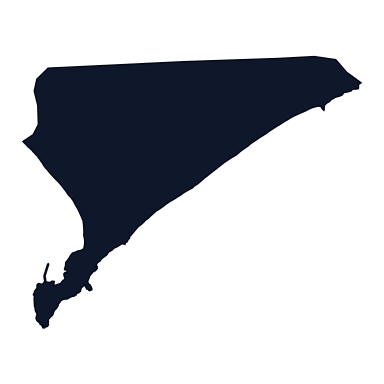 the district of Punta del Este, Maldonado, Uruguay
{"feature_id": "84410073B81249884827447", "entity_name": "Punta del Este", "entity_type": "district", "adm_level": 2, "iso_a3": "URY", "parent_name": "Uruguay", "parent_adm1": "Maldonado", "projection": "albers", "projection_center": [-54.934, -34.944], "detail": "fine", "context": "isolated", "style": "filled", "palette": "ink", "viewbox_px": 384, "rotation_deg": 0, "n_neighbors": 0, "source": "geoboundaries", "source_scale": "gbopen_adm2", "svg_char_len": 4180}
<svg xmlns="http://www.w3.org/2000/svg" viewBox="0 0 384 384"><path d="M23.0,141.5L24.6,143.2L26.3,144.8L27.9,146.7L29.4,147.8L31.1,149.4L32.2,150.5L32.7,151.2L32.9,151.5L34.2,152.7L35.7,154.5L37.5,156.0L38.0,157.0L38.4,157.8L39.3,158.7L41.3,161.7L42.5,163.1L43.2,164.6L45.3,167.6L47.2,169.6L49.5,172.5L52.4,175.7L55.4,178.9L58.5,182.0L61.4,185.3L63.4,187.9L65.6,190.7L67.1,192.9L68.6,195.1L71.0,197.5L73.3,200.7L75.1,204.2L77.4,208.2L79.6,212.6L81.4,216.6L83.1,220.8L83.6,224.7L83.9,229.4L84.0,233.1L83.7,234.7L83.9,235.8L84.4,238.0L84.8,240.9L84.6,244.6L84.1,247.4L83.6,248.7L83.0,249.4L82.7,249.5L80.5,250.6L78.5,250.8L76.5,251.6L75.0,252.4L73.3,252.7L72.2,253.4L70.6,255.4L69.2,257.9L68.1,259.5L66.9,261.0L66.2,261.9L65.7,262.7L65.6,264.4L65.6,265.8L65.2,266.7L64.9,268.0L64.5,269.1L65.0,269.8L65.5,269.3L65.8,269.9L66.9,269.8L67.4,270.1L66.8,272.3L66.0,272.4L65.1,272.6L64.6,273.0L65.3,273.3L65.0,273.4L64.4,273.4L63.9,274.2L64.0,275.4L64.4,276.4L64.7,277.7L65.0,278.5L64.7,279.7L63.1,280.3L62.1,281.9L61.7,281.9L60.4,283.8L60.0,283.7L53.6,285.8L54.0,283.0L54.1,282.0L54.2,281.5L52.4,281.2L52.0,281.2L49.9,282.5L48.4,282.3L46.0,282.0L45.0,275.9L48.7,264.3L48.2,263.7L47.6,264.3L44.1,275.5L44.0,276.7L44.6,280.4L44.5,281.8L43.7,283.0L42.8,283.8L41.3,284.3L40.6,284.1L40.3,284.0L39.4,283.6L38.6,283.6L37.7,284.1L37.1,285.0L36.9,286.0L37.1,286.7L37.5,286.8L36.3,289.1L34.8,290.9L34.5,291.4L34.5,292.0L34.4,292.8L33.9,293.4L33.9,294.2L33.4,294.8L34.3,295.7L34.4,296.6L34.2,298.0L34.2,298.9L34.3,301.3L34.5,305.4L35.2,308.6L35.4,310.6L36.4,312.6L37.3,314.8L36.5,315.9L36.5,317.0L36.0,317.9L36.3,319.0L37.0,320.6L37.6,321.3L38.7,321.0L38.6,322.0L39.2,322.4L40.1,323.8L40.3,324.5L40.9,324.4L41.7,324.7L41.6,325.0L41.7,325.5L42.4,325.4L42.4,326.2L42.5,326.6L42.7,327.2L43.1,326.7L43.3,326.8L43.4,327.4L43.8,326.8L44.2,327.0L44.4,326.6L44.9,326.8L45.0,327.4L45.2,327.1L45.3,326.7L45.5,326.7L46.5,326.8L47.7,326.1L48.5,324.7L48.1,323.5L48.5,321.8L48.1,320.4L48.9,318.7L50.4,317.1L51.6,316.1L52.7,314.9L53.3,313.0L54.3,310.6L55.4,309.3L56.7,308.0L58.1,305.7L58.2,304.2L59.8,302.3L60.3,301.5L60.8,300.8L62.1,299.8L63.6,299.3L65.3,299.0L67.0,299.0L67.6,298.6L69.7,297.4L71.3,296.7L73.0,296.1L73.5,296.3L74.2,296.1L75.3,294.9L76.1,294.9L76.2,294.1L76.7,293.6L76.4,293.4L77.0,292.6L77.4,292.6L78.6,292.9L78.9,292.5L79.6,291.7L80.3,291.4L80.2,290.8L80.7,290.2L80.8,288.7L82.3,286.8L83.9,285.8L85.1,285.1L86.2,288.0L86.8,288.2L86.8,288.9L87.5,288.9L87.9,289.3L88.5,289.6L88.7,290.1L89.2,289.9L89.6,290.5L90.0,290.0L90.3,290.3L90.7,290.0L91.1,290.1L91.8,289.7L91.9,289.2L91.5,287.9L90.9,286.4L90.2,285.6L90.0,284.8L88.4,283.8L88.1,282.7L87.4,281.8L87.9,280.7L88.3,279.6L89.0,277.9L89.7,275.8L91.0,274.2L92.1,272.9L92.6,271.8L93.5,271.7L94.4,271.1L95.2,270.8L96.1,269.9L96.3,268.9L96.7,269.1L97.3,268.4L96.9,267.6L97.2,266.7L96.0,266.5L96.5,265.3L96.6,263.8L97.8,262.4L99.7,261.3L101.9,258.4L106.4,255.2L108.8,251.9L111.8,250.2L113.8,248.2L117.2,246.7L121.5,243.9L123.0,243.7L124.9,244.4L125.4,242.7L127.0,241.8L128.2,239.4L129.5,238.2L129.5,236.6L131.0,235.2L132.4,233.5L135.5,229.8L138.0,226.8L142.2,223.6L145.6,220.1L148.4,218.1L149.7,216.7L153.4,213.4L156.1,211.0L158.8,209.4L163.0,206.5L166.0,204.1L169.7,201.6L174.1,199.1L177.7,196.7L180.5,195.1L183.7,192.7L185.2,191.8L189.6,189.3L192.4,187.9L194.2,186.0L197.6,183.9L202.2,180.0L204.8,177.6L207.1,176.0L208.5,174.8L211.1,172.7L216.3,168.7L220.5,165.4L224.2,162.5L228.6,159.5L231.9,157.4L236.4,154.8L239.8,151.8L244.0,148.7L247.8,146.1L250.7,143.6L255.2,140.6L258.9,138.0L262.5,135.8L266.4,133.3L269.9,130.7L275.6,127.0L280.9,123.8L284.4,121.5L287.7,119.6L290.4,117.9L293.6,116.1L298.0,114.1L301.9,112.4L305.6,110.8L308.4,109.3L311.9,107.7L315.3,106.7L318.6,106.0L321.1,106.5L321.7,108.0L322.8,109.4L323.9,110.3L324.2,109.3L324.1,108.1L324.3,106.5L324.9,104.6L327.1,102.8L329.6,101.4L331.5,99.3L333.6,98.3L335.5,97.1L338.9,96.3L341.9,95.1L344.0,92.5L348.8,91.6L351.0,90.9L351.9,89.7L353.8,89.1L356.5,89.0L358.3,88.5L358.5,86.4L358.5,84.3L361.0,82.8L346.7,72.4L335.7,59.7L314.3,56.6L278.8,58.5L182.4,61.8L48.1,68.2L36.9,79.2L34.3,91.0L37.8,105.4L38.4,124.5L33.2,134.7L23.0,141.5Z" fill="#0f172a" stroke="#020617" stroke-width="1.5"/></svg>